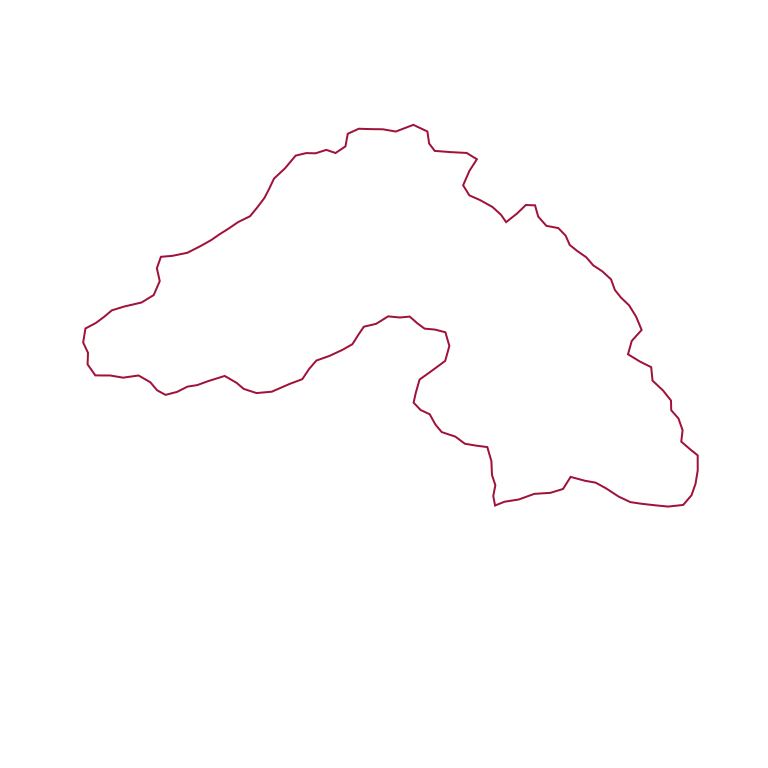 the district of Divinolândia de Minas, Minas Gerais, Brazil, rotated 63°
{"feature_id": "56859067B83999071532050", "entity_name": "Divinolândia de Minas", "entity_type": "district", "adm_level": 2, "iso_a3": "BRA", "parent_name": "Brazil", "parent_adm1": "Minas Gerais", "projection": "robinson", "projection_center": [-42.571, -18.8], "detail": "fine", "context": "isolated", "style": "outline", "palette": "rose", "viewbox_px": 768, "rotation_deg": 63, "n_neighbors": 0, "source": "geoboundaries", "source_scale": "gbopen_adm2", "svg_char_len": 2001}
<svg xmlns="http://www.w3.org/2000/svg" viewBox="0 0 768 768"><g transform="rotate(63 384 384)"><path d="M452.8,129.9L438.5,128.8L425.2,129.9L414.7,133.6L405.0,135.6L393.9,134.2L382.8,138.3L373.3,143.7L362.8,146.3L353.1,151.5L344.4,155.4L334.3,154.8L324.2,157.9L316.8,167.5L304.8,170.6L293.4,168.3L288.9,176.4L292.5,188.1L295.2,201.7L286.4,202.9L275.5,207.0L263.5,215.1L254.7,222.3L242.9,223.3L232.9,211.2L225.9,199.2L215.7,205.4L207.5,219.6L199.3,233.0L190.2,234.6L178.7,230.7L166.4,240.2L164.4,258.9L156.5,269.4L151.2,279.5L145.1,290.6L144.6,302.7L154.8,310.5L156.2,322.3L149.2,329.1L147.4,340.2L142.9,348.6L140.4,359.1L146.9,374.3L151.0,388.7L158.3,398.2L163.9,406.0L169.1,416.7L173.7,427.2L173.5,440.4L175.0,452.1L175.9,462.2L177.3,472.7L177.8,484.2L177.8,499.6L173.7,514.5L169.4,525.0L177.7,533.8L190.5,537.1L200.2,548.8L201.3,563.0L197.0,580.5L194.8,593.1L197.0,602.5L198.8,613.0L199.0,624.8L210.4,633.2L221.9,633.6L231.9,639.2L245.3,637.3L252.1,624.1L259.9,613.6L265.0,598.8L276.4,591.4L286.6,589.0L294.5,583.6L297.1,571.9L297.1,560.3L300.2,550.9L301.6,539.4L304.5,522.3L315.9,514.9L324.7,511.2L334.2,501.7L339.9,487.5L341.1,468.0L342.6,454.6L336.5,443.7L332.4,433.6L334.2,419.8L334.7,406.2L334.2,394.1L328.8,385.0L323.8,376.0L326.8,363.8L325.6,349.6L332.0,339.6L335.6,330.5L344.9,326.8L353.1,322.7L358.7,313.8L365.8,305.8L379.8,308.5L391.2,319.0L393.6,333.4L396.2,350.3L406.3,359.7L414.1,366.1L423.8,363.2L431.7,357.0L443.5,356.6L453.1,354.4L463.3,344.3L473.9,339.1L480.3,330.5L487.1,320.6L501.4,323.3L514.1,329.1L524.7,330.7L533.4,337.5L542.7,340.2L543.6,330.1L548.1,316.3L550.1,300.0L556.5,285.2L558.8,272.1L551.5,259.9L561.5,248.8L568.0,240.2L578.0,233.4L590.9,226.0L601.1,218.1L607.5,209.1L614.7,198.2L622.2,186.5L627.6,172.3L622.7,160.5L614.3,151.7L603.4,143.7L590.0,136.9L580.9,141.0L570.3,145.3L560.7,138.9L548.3,137.3L537.8,140.0L529.0,135.8L516.6,138.3L502.9,143.2L490.3,138.3L480.3,145.7L468.3,153.1L458.1,143.7L452.8,129.9Z" fill="none" stroke="#9f1239" stroke-width="2"/></g></svg>